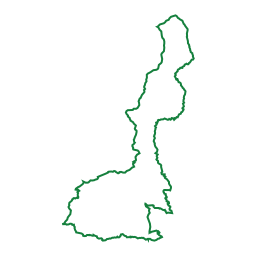 Perisani, Vâlcea, Romania (Equal Earth projection)
{"feature_id": "2599482B30849620277031", "entity_name": "Perisani", "entity_type": "district", "adm_level": 2, "iso_a3": "ROU", "parent_name": "Romania", "parent_adm1": "Vâlcea", "projection": "equal_earth", "projection_center": [24.456, 45.453], "detail": "fine", "context": "isolated", "style": "outline", "palette": "green", "viewbox_px": 256, "rotation_deg": 0, "n_neighbors": 0, "source": "geoboundaries", "source_scale": "gbopen_adm2", "svg_char_len": 5913}
<svg xmlns="http://www.w3.org/2000/svg" viewBox="0 0 256 256"><path d="M159.7,238.1L162.0,237.1L161.7,236.5L159.1,235.1L158.3,234.0L157.7,233.8L157.7,233.6L159.1,233.2L159.5,232.6L159.3,232.3L158.0,232.2L158.5,231.5L158.2,231.1L157.4,231.1L156.4,230.6L151.2,231.9L150.6,232.5L150.0,232.2L149.5,232.6L149.5,231.3L150.3,227.0L149.9,223.6L147.5,217.0L148.5,214.4L149.6,213.1L149.7,212.7L149.2,211.8L149.0,210.2L149.6,208.8L146.0,206.4L145.3,204.3L145.4,203.7L145.7,203.8L146.3,204.7L147.9,205.6L152.8,205.2L153.6,205.6L153.4,206.3L153.5,206.7L154.8,208.0L158.8,208.0L159.4,208.6L160.1,208.3L160.8,208.6L163.0,209.9L164.0,210.1L164.8,209.9L164.9,210.6L165.6,210.9L165.9,212.0L166.6,213.1L168.0,212.6L172.1,213.1L171.4,210.7L170.5,210.4L169.6,209.6L169.6,208.5L170.3,207.3L170.3,206.5L168.6,205.6L167.7,204.1L167.7,203.4L169.0,203.3L168.9,202.3L168.4,201.7L166.6,201.2L166.7,200.2L165.3,198.4L165.3,198.1L165.8,197.5L166.7,197.5L166.8,197.1L165.6,195.1L165.8,194.2L164.3,193.6L164.0,192.5L163.6,192.2L163.4,191.1L163.9,190.2L164.5,190.0L169.2,190.1L170.2,190.4L171.0,187.8L170.9,186.5L169.5,184.6L169.0,183.5L169.0,182.0L166.9,179.2L165.0,178.0L164.8,177.7L165.4,176.7L163.7,175.8L163.7,175.5L164.7,174.9L164.7,174.3L162.0,174.3L161.7,174.0L161.4,172.6L162.3,171.8L162.3,171.5L161.1,166.9L161.2,165.4L160.7,164.6L158.4,163.3L158.0,162.7L158.1,161.3L157.9,160.7L156.9,160.1L156.4,159.4L157.4,157.8L156.9,156.9L156.7,156.1L157.7,154.5L155.5,153.2L157.0,151.9L157.5,149.7L156.8,148.4L155.7,147.1L155.1,146.0L154.6,143.9L154.8,143.4L153.7,141.2L154.1,139.6L154.9,138.1L154.0,136.2L154.4,135.7L154.4,135.0L155.0,133.9L155.1,132.5L154.8,131.3L155.5,129.0L155.4,128.3L156.0,127.5L155.0,126.1L156.6,124.6L156.1,122.6L156.4,122.4L157.3,122.8L158.0,121.0L157.9,120.3L158.4,119.9L159.7,120.1L160.7,119.5L163.3,119.3L164.6,118.5L167.8,119.8L168.6,119.6L169.2,118.9L170.6,119.7L171.0,119.4L171.6,118.1L171.9,118.0L173.7,119.1L174.1,119.8L174.7,119.2L174.6,118.1L175.7,118.3L176.6,117.1L177.7,117.3L179.0,114.4L180.8,113.7L181.2,112.3L182.2,111.9L183.4,110.0L183.6,109.3L182.7,108.8L182.4,108.2L183.9,106.4L183.0,103.6L184.1,102.7L183.4,101.4L183.6,99.5L184.1,98.7L183.8,97.5L184.2,95.7L185.0,94.5L185.5,91.3L185.1,90.6L184.1,89.6L183.7,88.6L182.7,87.9L182.4,87.1L180.9,85.3L181.0,84.3L180.5,83.0L179.3,82.2L178.6,82.2L177.4,79.0L176.9,79.0L176.6,79.7L176.2,79.5L175.9,78.3L174.8,76.3L175.8,75.0L175.1,73.8L175.5,73.1L176.3,72.7L176.9,71.7L177.6,71.3L177.7,70.2L178.0,69.6L179.5,68.9L180.3,67.8L182.3,67.9L182.4,66.9L184.2,66.0L184.7,64.6L185.7,64.3L186.4,63.7L187.7,64.3L188.4,64.2L189.0,63.0L189.9,62.5L191.7,59.7L193.0,59.6L193.7,58.5L192.9,56.6L193.0,55.6L192.3,53.8L192.3,53.2L190.8,52.1L190.6,51.1L190.1,50.1L190.2,49.3L189.3,47.1L189.5,46.3L189.1,45.8L189.1,44.9L188.0,43.3L187.9,41.0L186.8,36.8L187.1,36.3L186.9,33.5L187.6,30.3L187.6,29.1L185.2,25.9L184.4,24.4L183.7,23.9L182.4,20.7L179.7,19.2L178.9,18.4L178.0,18.0L176.7,16.1L175.5,15.4L171.0,16.8L169.4,18.4L168.7,19.8L166.3,20.7L165.7,21.3L165.3,22.1L163.8,23.3L160.0,24.4L158.4,25.9L158.1,26.5L157.3,26.8L158.4,27.5L159.6,29.7L161.3,31.4L161.8,35.7L162.3,37.7L163.8,39.4L164.3,41.4L164.3,43.6L164.0,45.4L164.3,47.7L163.9,51.2L161.7,53.5L161.3,54.7L162.2,59.0L161.7,62.2L161.1,63.1L158.9,64.9L158.2,68.4L157.5,69.2L156.3,69.8L153.4,70.2L150.5,72.2L147.8,73.6L146.8,74.7L146.9,77.7L146.2,79.7L146.5,81.3L145.3,83.1L144.8,85.3L144.2,86.3L144.2,87.4L145.1,88.9L144.0,90.0L144.4,91.2L144.3,92.2L141.9,95.0L140.6,98.0L139.7,98.5L138.6,101.3L139.0,102.5L139.3,105.1L137.5,108.0L136.0,108.8L133.9,108.7L133.4,109.0L133.1,109.7L132.3,110.0L127.8,110.2L126.5,111.1L125.9,112.5L126.7,114.2L128.0,115.5L127.9,116.5L129.7,118.0L129.8,119.0L130.3,119.7L130.5,120.6L133.2,122.3L133.7,123.5L135.9,125.5L134.8,128.7L135.2,129.6L136.5,130.6L136.6,131.8L136.0,134.7L134.7,137.5L134.3,138.9L133.8,139.7L134.3,142.4L134.8,142.7L133.8,144.0L132.4,145.1L132.4,146.3L133.1,147.5L133.1,149.0L133.4,149.5L137.7,150.5L138.6,151.4L139.5,153.3L137.0,154.7L135.5,157.0L136.0,160.0L135.6,160.7L133.9,161.4L133.8,161.6L134.2,162.0L133.4,162.1L134.0,163.0L133.1,163.4L133.1,164.5L134.1,166.7L132.1,167.6L129.6,169.9L126.7,171.0L125.1,172.6L123.1,172.6L121.2,171.9L119.8,172.0L119.4,172.2L119.4,172.7L118.1,173.3L115.9,172.0L115.5,171.4L114.1,171.0L112.9,171.8L111.3,171.5L108.7,171.7L108.1,172.0L108.1,172.5L105.8,173.6L97.8,176.9L98.1,177.8L97.5,178.9L97.0,179.2L95.4,179.6L94.2,180.2L92.4,180.5L90.5,180.4L88.5,182.4L87.4,182.7L85.7,182.7L83.4,181.6L83.8,182.4L82.7,184.1L79.3,186.7L78.4,186.9L75.9,188.7L75.6,189.6L76.3,189.8L78.0,189.7L79.2,190.8L77.7,191.7L77.4,192.1L78.1,193.1L77.7,194.3L77.9,196.2L78.3,196.8L78.2,197.8L77.8,198.1L76.6,197.7L75.3,198.5L74.2,198.1L73.5,198.2L73.2,198.8L72.2,199.4L72.2,200.0L71.6,200.9L69.4,202.7L69.1,204.4L69.4,205.2L68.5,207.0L69.2,208.5L70.9,210.4L70.3,214.2L67.8,217.4L67.2,219.6L65.2,221.7L64.4,223.3L62.3,224.2L65.9,224.1L66.6,224.6L68.6,224.4L70.1,223.7L71.8,223.9L72.3,224.9L73.9,224.7L73.9,225.7L74.8,227.1L74.5,228.0L75.2,230.2L76.0,231.4L76.2,232.4L81.6,233.5L83.1,234.6L83.2,235.1L83.1,235.7L84.1,236.1L85.9,236.0L87.0,235.0L88.9,235.0L89.1,235.2L89.5,234.9L93.0,235.8L93.4,235.6L93.5,234.9L95.0,235.8L96.9,236.4L97.1,237.5L97.8,238.1L98.9,238.6L101.4,238.3L101.9,238.6L102.4,239.3L102.1,240.0L102.8,240.6L105.3,240.3L105.9,240.0L107.0,239.0L108.5,238.9L109.4,238.5L110.6,238.6L112.3,237.7L113.3,237.8L114.3,237.4L115.5,237.6L116.7,237.4L117.3,236.7L117.9,237.3L119.0,237.4L120.1,236.5L120.1,236.1L120.7,235.6L120.9,234.5L122.7,234.1L124.6,235.8L126.0,236.1L126.9,237.3L129.6,237.1L130.4,237.4L130.9,237.3L130.8,236.7L131.9,236.9L132.7,236.8L133.2,237.1L134.8,236.9L136.2,237.4L137.8,238.4L139.4,237.9L140.8,238.0L141.9,237.7L143.0,238.1L143.4,237.9L145.9,239.7L147.6,238.9L147.9,239.0L148.2,239.6L148.3,238.9L150.2,238.9L151.6,240.0L154.4,240.6L156.5,239.9L157.8,238.8L159.1,238.6L159.7,238.1Z" fill="none" stroke="#15803d" stroke-width="2"/></svg>